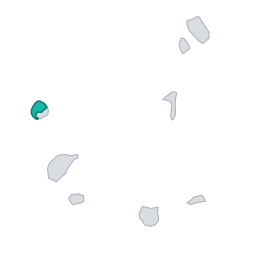 location of São Filipe within Cabo Verde, rotated 82°
{"feature_id": "CPV-5042", "entity_name": "São Filipe", "entity_type": "state/province", "adm_level": 1, "iso_a3": "CPV", "parent_name": "Cabo Verde", "parent_adm1": "", "projection": "albers", "projection_center": [-24.4, 14.921], "detail": "fine", "context": "in_parent", "style": "filled", "palette": "teal", "viewbox_px": 256, "rotation_deg": 82, "n_neighbors": 0, "source": "natural_earth", "source_scale": "10m", "svg_char_len": 1490}
<svg xmlns="http://www.w3.org/2000/svg" viewBox="0 0 256 256"><g transform="rotate(82 128 128)"><path d="M171.2,206.4L166.6,213.7L156.5,213.2L151.3,210.2L145.2,201.1L145.4,194.1L147.5,188.0L147.1,182.7L148.0,181.3L151.1,182.2L151.6,185.7L160.8,194.4L164.2,196.1L171.2,206.4ZM40.3,53.7L33.0,55.3L29.9,54.5L28.9,48.3L27.4,44.1L27.8,42.3L44.7,34.3L50.6,35.6L54.7,42.1L51.9,45.7L40.3,53.7ZM210.6,109.3L217.0,110.7L219.4,110.2L223.4,110.5L227.7,114.6L228.6,119.0L226.5,124.5L218.1,129.1L213.3,128.6L207.6,124.5L210.8,116.3L210.6,109.3ZM105.4,218.6L99.5,221.6L95.3,220.2L91.4,217.1L89.5,212.6L91.1,208.8L99.0,204.2L103.8,205.7L106.4,212.8L105.4,218.6ZM122.0,79.3L125.2,81.6L126.2,83.3L121.5,84.2L110.3,81.2L107.3,83.0L104.3,89.5L98.6,79.7L99.0,76.0L100.2,75.0L108.2,77.6L122.0,79.3ZM191.1,196.2L189.0,196.5L185.8,193.0L186.5,188.0L186.1,186.7L188.9,181.5L194.4,181.9L195.8,185.8L196.1,193.8L191.1,196.2ZM61.7,63.9L55.5,65.8L51.6,65.5L46.1,62.7L47.8,59.7L53.8,56.4L57.9,55.7L61.3,61.7L61.7,63.9ZM212.6,76.1L210.3,80.1L207.3,74.2L205.7,72.8L204.8,64.3L209.2,61.8L211.3,61.5L211.4,70.3L212.6,76.1Z" fill="#d9dde1" stroke="#a8b0b8" stroke-width="1"/><path d="M106.2,215.5L106.6,216.3L106.6,217.2L106.1,218.0L103.4,220.5L100.2,221.7L97.3,221.3L94.7,220.0L90.3,216.3L89.3,214.8L88.8,213.2L89.2,211.5L90.3,209.7L91.7,208.0L93.5,206.6L96.2,205.3L97.9,207.9L100.4,211.6L100.1,213.0L99.7,214.5L100.4,216.2L102.0,217.5L104.5,217.3L106.2,215.5Z" fill="#14b8a6" stroke="#0f766e" stroke-width="1.5"/></g></svg>